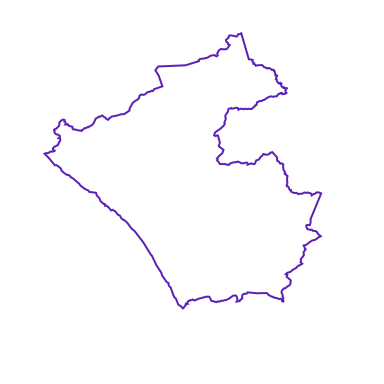 outline of Gbokle, Bas-Sassandra, Ivory Coast, rotated 70°
{"feature_id": "98640826B37905317988050", "entity_name": "Gbokle", "entity_type": "district", "adm_level": 2, "iso_a3": "CIV", "parent_name": "Ivory Coast", "parent_adm1": "Bas-Sassandra", "projection": "equal_earth", "projection_center": [-6.009, 5.243], "detail": "fine", "context": "isolated", "style": "outline", "palette": "violet", "viewbox_px": 384, "rotation_deg": 70, "n_neighbors": 0, "source": "geoboundaries", "source_scale": "gbopen_adm2", "svg_char_len": 5899}
<svg xmlns="http://www.w3.org/2000/svg" viewBox="0 0 384 384"><g transform="rotate(70 192 192)"><path d="M181.9,103.0L182.2,103.8L181.8,105.1L182.6,106.0L182.8,108.0L181.9,110.6L180.9,111.3L180.8,112.1L181.8,113.4L182.7,115.8L184.4,118.1L184.3,120.9L186.4,122.7L187.0,123.5L187.0,124.1L186.6,125.1L185.4,126.4L185.3,130.3L184.7,129.8L183.3,130.2L182.9,131.1L182.7,133.8L181.6,136.1L180.2,137.2L179.0,138.8L179.1,140.7L178.5,141.9L178.2,145.4L178.3,146.6L179.2,148.3L178.2,149.5L178.0,150.4L176.6,152.0L176.4,153.3L175.2,156.3L173.0,156.6L171.1,157.6L170.2,156.7L169.1,157.2L166.9,153.1L166.0,150.3L163.2,148.0L158.1,151.2L155.1,148.9L147.7,148.3L147.4,149.0L147.4,150.9L146.3,151.8L144.4,150.4L143.7,149.3L142.3,143.8L140.6,139.6L139.8,138.6L139.2,137.9L137.7,137.8L135.2,135.5L134.1,135.0L132.7,135.0L131.8,134.6L130.8,133.7L129.2,131.2L126.4,129.2L126.5,126.5L127.2,126.2L127.6,125.2L127.9,121.8L128.7,120.2L130.6,120.2L130.3,119.4L130.6,117.0L132.0,115.1L131.8,113.8L132.9,112.0L133.2,110.1L134.0,108.9L134.4,107.3L133.2,105.2L133.2,104.0L132.1,102.9L132.3,101.7L129.9,100.2L130.0,99.3L129.6,97.6L130.3,95.8L129.9,94.1L130.1,93.1L129.9,91.6L129.1,88.6L129.0,85.4L130.4,82.9L130.5,81.2L131.1,80.0L130.4,78.4L129.6,77.7L129.7,76.5L129.2,75.2L129.6,73.8L130.3,74.1L130.9,73.8L131.6,70.5L131.2,69.3L129.8,69.9L128.6,69.5L127.3,67.9L126.7,66.6L126.8,68.2L126.2,68.8L126.2,69.5L125.6,69.6L125.5,70.1L125.1,69.8L123.9,71.5L122.9,71.8L120.7,70.9L120.6,72.0L119.6,71.9L119.7,73.1L119.5,73.5L116.8,74.3L115.5,73.9L114.5,74.6L112.9,73.2L112.5,73.2L112.2,72.4L111.9,72.3L111.5,72.3L110.8,73.7L110.1,73.3L108.3,73.4L107.0,73.0L106.4,73.6L105.8,73.3L105.1,73.6L104.8,73.9L104.7,75.1L103.8,75.5L101.8,77.2L101.8,78.7L101.6,79.1L101.0,79.2L99.6,81.4L96.8,82.6L95.5,86.4L95.2,88.9L93.9,89.0L92.5,90.5L91.8,89.7L90.6,90.5L89.5,90.4L88.8,89.8L87.6,91.4L86.7,93.2L59.7,91.4L60.1,93.0L59.5,94.5L61.0,96.4L61.1,97.3L59.6,99.3L57.9,102.4L57.8,103.6L58.2,104.2L59.1,104.4L59.9,105.6L60.1,106.8L60.8,108.2L62.6,108.3L64.1,107.3L65.4,107.6L66.7,106.3L67.6,107.3L69.3,110.0L69.5,111.0L68.8,113.6L67.4,115.7L68.0,117.8L68.3,118.5L70.4,120.9L72.5,121.1L73.0,122.1L72.5,123.1L71.2,123.8L70.3,127.4L71.1,132.0L70.7,133.7L70.7,135.7L70.1,136.9L69.8,139.0L70.3,140.6L71.4,140.8L70.7,154.8L62.5,180.8L65.1,184.8L71.4,183.5L82.6,183.7L82.4,192.4L83.7,194.1L83.0,195.6L83.4,197.3L82.9,199.2L84.2,203.1L84.0,204.8L83.1,206.2L83.1,207.3L83.9,208.7L85.3,209.4L85.9,210.1L86.7,211.9L86.9,214.1L88.2,217.7L89.2,218.6L92.1,222.0L94.1,222.9L95.5,228.6L95.5,229.6L94.7,232.2L94.5,236.4L93.7,241.4L94.3,244.0L95.5,246.0L94.1,247.5L93.1,247.6L90.7,249.5L89.6,249.9L89.4,250.7L89.8,252.8L89.4,253.3L89.4,254.2L89.7,254.5L90.1,257.3L93.7,260.9L95.0,263.2L95.2,265.7L95.7,267.2L95.3,267.8L95.7,270.2L95.2,271.0L96.1,273.0L96.1,274.5L96.8,274.9L94.8,278.4L93.1,280.6L92.8,281.9L92.4,282.4L91.6,282.6L89.8,282.0L87.8,285.0L87.1,285.1L86.3,286.0L85.8,285.7L85.2,287.8L85.0,287.5L82.9,287.0L82.4,287.2L82.1,287.8L80.8,287.1L79.9,288.2L80.0,290.2L81.4,293.0L82.9,293.3L84.4,294.4L86.0,297.8L86.0,299.5L86.3,300.3L86.9,300.6L87.8,300.2L88.9,300.8L89.7,300.8L91.4,299.8L92.8,297.7L94.4,297.0L95.1,297.4L95.8,298.9L96.4,297.8L97.2,297.6L99.1,298.6L99.6,299.6L101.3,301.4L102.0,301.8L102.5,306.3L103.7,308.0L104.5,308.1L106.3,306.9L106.5,307.2L106.4,309.1L106.0,309.9L105.7,311.7L106.2,313.8L105.6,315.5L105.6,317.4L111.4,314.8L119.9,311.8L120.4,310.1L123.7,307.9L125.7,307.2L127.4,307.3L130.5,305.6L133.2,303.6L133.9,302.0L135.5,301.1L136.3,301.1L138.4,299.3L145.6,295.2L148.0,294.6L152.9,291.3L155.0,289.0L156.8,288.4L159.9,282.5L163.0,282.6L165.8,281.2L169.5,281.0L173.0,279.1L173.5,278.1L175.2,278.4L175.6,277.0L177.7,275.7L181.7,274.3L181.6,272.7L184.3,270.5L187.9,269.5L189.3,267.9L192.0,267.5L193.7,266.8L195.8,264.9L198.9,263.3L205.7,261.3L209.1,259.3L222.3,255.1L237.2,252.0L237.9,251.5L248.4,250.5L257.2,248.5L260.3,248.6L267.9,246.6L269.7,245.1L270.8,245.7L272.7,245.6L274.6,244.7L282.8,244.8L284.9,244.5L286.7,243.6L293.0,243.4L296.6,240.9L298.2,240.5L297.9,239.4L296.4,237.1L295.2,236.2L295.8,235.9L295.3,235.1L295.5,234.4L294.8,234.7L293.3,232.9L293.4,232.0L293.0,231.4L293.1,230.4L293.5,229.7L293.2,228.3L294.9,226.6L294.6,225.6L294.8,223.7L294.5,223.0L295.3,214.2L296.2,211.8L297.9,211.2L300.8,211.1L303.9,206.6L303.6,205.1L304.4,203.9L304.1,201.8L304.8,200.6L304.8,198.4L305.2,196.8L304.9,193.8L303.5,189.0L303.6,188.0L304.2,186.4L304.6,185.9L307.2,185.8L309.1,186.3L310.2,187.5L310.8,184.5L310.0,183.7L309.3,181.3L306.8,180.4L305.7,179.3L305.5,178.7L306.2,175.4L305.3,174.1L309.4,165.5L312.5,156.4L313.2,155.8L315.0,155.3L317.7,152.7L318.2,151.7L319.0,151.5L319.3,150.6L320.2,149.7L320.5,148.7L322.3,147.0L322.6,145.2L324.2,144.5L325.2,144.7L326.2,143.9L325.9,143.4L324.8,143.1L323.7,143.4L322.7,142.4L321.5,142.7L320.2,142.1L317.1,142.2L316.0,141.7L315.1,140.7L314.0,138.5L314.4,137.2L313.4,134.8L313.0,132.1L311.6,130.6L310.7,130.5L309.3,129.5L308.5,129.5L304.1,132.0L302.4,130.8L301.3,132.0L300.5,130.2L300.7,126.9L299.6,124.0L298.9,119.9L297.6,117.5L297.7,115.8L297.1,113.0L295.3,114.0L294.5,113.4L292.4,112.8L289.7,108.5L286.8,107.8L284.7,104.8L283.9,105.4L282.3,105.1L280.5,105.4L280.7,103.0L278.7,96.1L279.0,92.4L277.9,88.6L277.6,86.1L274.6,87.9L272.9,88.1L271.3,88.8L269.6,91.9L268.3,92.3L268.1,93.8L267.4,94.5L266.6,96.0L265.8,96.4L263.0,96.3L262.7,96.2L262.3,95.1L263.4,92.6L261.6,91.2L257.9,89.7L237.5,71.1L236.1,72.5L235.0,74.9L235.0,75.3L235.6,76.5L235.6,78.7L236.1,80.7L234.3,80.6L232.2,83.1L231.9,85.0L231.0,86.2L231.2,89.8L230.4,91.4L230.4,92.9L228.6,94.0L227.8,96.5L225.9,98.5L224.7,98.7L224.0,98.4L223.7,99.4L219.9,99.7L219.2,100.8L218.6,101.0L216.4,99.4L212.1,98.2L209.6,96.8L208.7,97.6L207.7,97.6L206.7,98.7L205.4,97.8L202.4,98.4L199.7,97.8L197.2,96.8L195.7,98.0L195.6,99.2L195.3,99.5L193.1,100.0L191.9,101.2L190.5,101.1L189.6,100.4L187.9,100.4L181.9,103.0Z" fill="none" stroke="#5b21b6" stroke-width="2"/></g></svg>